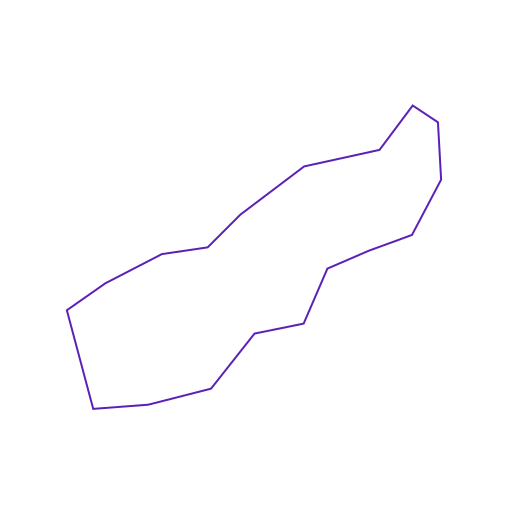 Manchester, orthographic projection, rotated 225°
{"feature_id": "GBR-5684", "entity_name": "Manchester", "entity_type": "Metropolitan Borough", "adm_level": 1, "iso_a3": "GBR", "parent_name": "United Kingdom", "parent_adm1": "", "projection": "orthographic", "projection_center": [-2.269, 53.446], "detail": "fine", "context": "isolated", "style": "outline", "palette": "violet", "viewbox_px": 512, "rotation_deg": 225, "n_neighbors": 0, "source": "natural_earth", "source_scale": "10m", "svg_char_len": 391}
<svg xmlns="http://www.w3.org/2000/svg" viewBox="0 0 512 512"><g transform="rotate(225 256 256)"><path d="M179.1,440.9L160.6,381.2L180.0,339.4L196.6,297.6L174.5,241.9L202.2,200.1L194.0,130.4L227.1,74.6L263.0,32.8L351.4,83.9L343.2,130.3L323.9,190.8L296.3,227.9L296.3,274.4L285.3,353.4L243.7,418.4L251.6,473.2L221.9,479.2L179.1,440.9Z" fill="none" stroke="#5b21b6" stroke-width="2"/></g></svg>